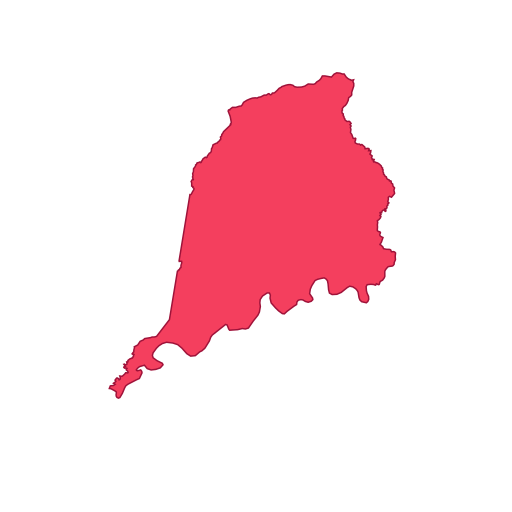 Hobo, Huila, Colombia (Natural Earth projection), rotated 220°
{"feature_id": "7082276B60614758896668", "entity_name": "Hobo", "entity_type": "district", "adm_level": 2, "iso_a3": "COL", "parent_name": "Colombia", "parent_adm1": "Huila", "projection": "natural_earth1", "projection_center": [-75.433, 2.565], "detail": "fine", "context": "isolated", "style": "filled", "palette": "rose", "viewbox_px": 512, "rotation_deg": 220, "n_neighbors": 0, "source": "geoboundaries", "source_scale": "gbopen_adm2", "svg_char_len": 6052}
<svg xmlns="http://www.w3.org/2000/svg" viewBox="0 0 512 512"><g transform="rotate(220 256 256)"><path d="M369.6,354.7L370.2,352.0L370.0,351.0L370.5,350.9L370.9,350.2L370.5,349.1L365.6,346.4L360.8,342.5L360.5,341.7L360.4,340.4L359.7,340.3L360.8,330.4L360.4,328.9L360.3,327.0L359.5,325.9L359.7,324.2L358.6,323.5L357.9,322.3L358.3,321.4L358.0,320.6L358.4,318.9L358.3,317.6L358.8,317.1L360.4,313.6L359.2,310.9L359.1,309.7L357.5,307.4L357.3,305.9L357.8,304.8L357.5,301.1L357.0,300.2L357.1,299.6L358.4,299.1L359.0,296.7L359.0,295.7L358.6,294.8L358.7,293.6L358.2,292.8L358.3,292.1L358.7,292.2L359.5,291.9L359.7,291.3L361.0,289.4L360.5,287.9L360.8,287.0L360.4,286.7L360.0,284.8L360.0,282.8L358.1,280.3L357.5,278.4L355.9,277.0L355.5,275.7L355.0,275.6L354.0,274.6L353.2,274.4L353.1,274.1L353.9,273.6L353.6,271.4L352.3,270.7L350.2,268.2L348.9,268.6L348.5,267.9L347.0,267.9L346.3,267.0L346.0,264.8L345.3,261.7L345.5,261.0L346.1,260.6L311.9,203.0L311.7,203.2L311.2,202.6L309.6,204.1L308.5,203.1L307.5,200.7L306.1,198.9L306.4,197.9L305.9,196.0L306.4,195.5L306.2,194.1L306.4,193.8L281.4,151.6L280.5,130.5L281.8,128.6L283.5,127.2L284.3,125.7L288.2,121.2L288.4,119.2L289.9,116.2L289.4,111.8L290.9,108.2L290.2,107.7L289.1,105.4L288.0,104.0L288.2,103.0L287.9,102.5L288.1,101.6L287.7,101.3L286.2,102.1L285.9,101.0L285.5,100.7L285.5,99.8L285.1,99.2L285.1,98.3L285.8,97.7L285.8,97.1L286.4,96.4L287.0,93.7L286.1,92.6L286.2,92.1L286.9,91.7L285.8,90.8L285.3,89.9L286.2,88.6L287.2,88.7L287.6,88.1L285.1,87.5L285.9,86.2L285.7,85.7L284.6,85.6L283.1,86.9L282.6,87.0L282.6,86.0L282.3,85.4L280.3,85.3L279.2,84.7L279.1,84.4L279.1,84.0L280.8,82.8L280.7,81.1L281.2,77.8L283.2,76.5L281.6,75.5L280.9,74.2L281.0,73.6L281.3,73.1L282.5,73.7L284.1,73.3L284.3,72.6L284.2,70.3L282.8,70.0L282.7,69.6L283.4,66.9L281.4,67.2L281.9,65.2L284.1,62.9L283.5,61.0L283.2,60.2L281.7,61.1L277.9,61.9L275.8,62.1L274.9,61.3L274.1,59.9L273.0,58.8L271.6,58.3L270.0,58.7L269.3,60.1L270.1,64.9L271.9,70.7L272.3,73.1L271.6,75.7L268.0,84.3L266.6,87.2L268.2,93.2L269.4,94.2L271.1,94.6L272.9,92.0L273.8,91.6L274.5,91.8L274.6,94.0L274.1,96.4L271.3,100.6L266.9,99.8L263.1,101.3L259.9,104.7L257.4,108.8L257.3,112.9L258.8,113.6L264.5,112.2L269.4,111.9L271.5,113.3L272.6,115.7L273.0,121.4L272.7,124.8L271.5,128.7L269.1,132.4L263.9,135.8L259.0,137.8L253.6,137.8L246.2,136.7L241.7,137.3L238.4,140.7L237.5,146.4L236.5,148.6L235.9,152.6L237.1,160.9L238.5,164.7L238.7,167.4L235.3,184.0L233.8,184.6L229.9,182.5L228.5,182.2L222.7,187.8L219.9,191.6L217.2,193.3L215.5,195.9L216.3,204.3L216.5,211.9L217.4,215.3L220.2,220.1L222.9,222.5L224.8,225.3L225.3,229.5L223.7,234.9L221.9,236.3L219.9,235.3L218.1,232.7L214.2,229.8L207.6,228.8L203.4,228.5L198.8,228.8L197.1,229.9L196.6,233.8L194.6,242.2L193.7,244.9L195.1,247.1L195.2,249.2L194.0,251.0L192.8,252.0L191.7,252.5L189.0,252.9L186.3,254.1L184.6,256.8L184.4,259.1L185.7,260.2L190.7,261.6L193.1,265.5L194.2,269.2L195.0,275.2L193.8,277.8L191.9,280.4L189.7,283.1L187.7,283.4L185.4,283.0L182.9,281.0L178.7,276.8L175.9,274.8L172.9,275.4L169.4,278.7L167.3,282.9L165.8,290.5L164.8,293.1L162.0,294.6L158.6,295.0L156.2,294.6L154.5,293.9L150.3,290.3L148.2,289.1L145.7,288.9L141.4,291.1L141.1,293.0L141.8,295.3L143.8,297.4L147.0,298.9L149.0,300.3L152.0,303.4L152.4,305.5L149.9,308.1L147.7,309.7L145.8,310.4L145.6,311.1L146.0,311.8L145.9,312.2L144.1,312.6L143.5,313.0L143.4,313.6L144.3,315.6L144.4,316.5L143.5,318.9L143.7,321.7L144.2,323.2L147.3,326.8L147.8,327.8L148.0,329.5L148.0,332.2L147.6,333.2L145.2,335.8L144.8,336.8L144.9,338.5L145.9,339.8L146.8,342.8L149.1,345.2L151.0,348.0L152.2,348.2L153.3,347.9L155.0,346.3L156.7,347.2L157.8,347.0L160.5,344.9L163.0,343.6L164.7,344.5L167.4,344.7L168.1,344.4L168.5,344.5L168.8,347.1L170.6,351.8L172.8,351.2L174.1,351.3L175.0,351.9L175.6,353.8L176.8,354.2L177.5,353.6L179.1,353.4L179.6,353.6L181.6,356.4L183.1,357.9L184.2,359.8L185.7,361.0L185.2,363.0L185.2,365.1L185.7,366.5L187.1,366.5L187.2,367.0L186.8,367.7L186.9,368.2L188.3,368.5L188.9,369.0L188.7,369.4L187.6,369.9L188.3,371.3L188.1,372.8L187.2,373.7L185.8,373.2L185.4,373.5L185.4,373.8L186.0,374.7L187.6,374.7L187.6,375.1L186.9,375.6L186.6,376.9L186.7,377.2L187.8,378.2L187.7,379.9L188.6,380.4L188.3,382.1L190.0,382.3L191.0,384.5L192.4,386.0L192.1,387.5L190.0,388.1L190.0,392.6L190.1,393.1L192.7,395.1L193.6,397.2L196.0,397.6L197.6,399.0L199.3,398.9L200.6,400.2L201.2,400.1L202.0,399.3L203.0,399.9L204.7,399.3L205.7,399.5L207.0,400.4L208.5,400.1L209.8,400.7L210.8,400.6L211.6,401.6L213.0,402.2L214.0,403.7L214.9,403.7L215.6,404.8L216.6,404.7L217.9,405.5L220.4,405.7L222.3,405.5L223.7,405.1L223.9,404.7L225.5,404.5L226.4,403.7L226.8,403.9L227.5,405.9L228.4,405.4L228.7,404.5L228.9,404.5L229.9,405.4L230.8,405.6L231.3,407.3L234.3,407.3L234.5,408.6L235.7,410.5L236.2,409.8L237.1,410.1L237.5,409.2L238.4,410.8L238.7,410.8L239.6,410.3L241.4,408.3L242.7,409.4L246.4,409.5L246.9,409.1L247.1,408.2L248.6,408.3L250.2,407.0L252.6,406.4L253.9,407.4L254.0,408.3L255.1,410.1L255.7,410.1L256.1,409.3L257.2,408.6L260.8,410.7L262.9,411.2L264.7,414.0L266.5,415.2L266.7,416.7L268.5,417.0L268.3,418.6L269.8,419.1L271.2,419.1L272.8,417.5L275.5,417.5L276.3,418.3L277.3,418.4L278.5,419.5L279.4,419.5L280.4,420.9L282.0,420.9L283.5,422.5L283.5,423.3L284.7,424.4L284.8,427.0L284.3,428.8L284.5,431.3L285.4,434.5L286.8,436.9L286.2,439.0L286.2,440.9L287.9,442.9L290.4,449.1L292.1,451.1L293.8,451.8L294.5,453.7L296.0,451.7L296.7,451.9L298.0,451.3L299.8,451.0L302.1,451.1L305.5,452.1L306.7,451.0L309.3,450.0L311.9,448.2L313.1,445.5L313.2,441.6L319.0,438.2L320.9,436.6L320.3,433.6L320.4,431.4L321.4,428.2L321.4,426.1L322.3,424.5L326.6,421.3L327.8,417.5L329.8,414.6L333.0,411.7L335.3,410.5L337.5,410.5L340.0,409.3L341.4,408.0L342.8,406.2L345.1,402.4L345.1,401.7L346.1,399.2L346.2,396.6L346.7,393.0L347.3,392.1L348.2,391.4L348.0,390.0L348.3,389.0L348.9,388.7L350.4,388.7L350.9,388.2L351.5,385.9L353.2,384.5L354.6,381.0L356.1,379.2L356.6,377.8L358.2,376.7L360.2,374.7L361.5,372.6L363.1,369.4L364.3,365.7L363.7,362.9L363.8,361.3L365.1,360.0L367.0,356.9L369.6,354.7Z" fill="#f43f5e" stroke="#9f1239" stroke-width="1.5"/></g></svg>